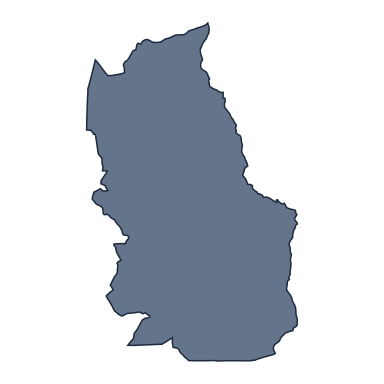 the district of Keiyo South, Rift Valley, Kenya
{"feature_id": "3690345B51361114330680", "entity_name": "Keiyo South", "entity_type": "district", "adm_level": 2, "iso_a3": "KEN", "parent_name": "Kenya", "parent_adm1": "Rift Valley", "projection": "mercator", "projection_center": [35.567, 0.379], "detail": "fine", "context": "isolated", "style": "filled", "palette": "slate", "viewbox_px": 384, "rotation_deg": 0, "n_neighbors": 0, "source": "geoboundaries", "source_scale": "gbopen_adm2", "svg_char_len": 5974}
<svg xmlns="http://www.w3.org/2000/svg" viewBox="0 0 384 384"><path d="M188.7,360.6L193.9,360.7L208.5,360.7L214.5,360.5L215.3,360.6L216.3,361.0L228.0,360.7L235.0,360.7L243.8,360.8L247.8,360.8L250.7,360.7L255.2,360.1L256.2,359.6L259.5,358.5L263.4,357.3L267.9,356.0L270.4,355.4L273.4,354.5L275.3,353.5L274.2,351.1L273.3,348.8L273.7,346.0L275.3,344.2L275.8,343.7L277.7,342.5L279.4,341.1L280.5,338.6L281.6,336.6L283.2,335.5L284.0,334.1L285.9,332.9L288.0,332.1L290.6,331.1L292.7,330.8L293.6,327.9L296.2,326.4L297.2,324.8L297.2,321.8L297.3,319.7L296.8,317.1L296.0,314.4L295.8,309.8L295.5,307.5L294.5,304.8L293.2,302.7L292.2,300.2L291.9,298.2L291.1,296.6L290.2,294.8L288.9,293.3L287.9,291.8L287.3,290.9L286.7,290.4L286.6,288.1L287.2,284.6L287.4,281.3L289.5,279.4L288.7,277.4L290.2,274.5L290.1,272.8L290.1,270.4L290.7,267.8L290.9,265.3L290.9,262.4L290.3,260.4L290.9,257.2L291.4,254.4L290.3,251.9L290.2,249.0L290.1,247.3L289.3,245.6L289.3,243.0L290.6,240.2L292.5,237.9L292.6,235.7L293.4,231.1L294.9,228.5L295.6,225.4L297.4,224.0L296.9,222.4L295.5,220.8L294.9,219.9L294.5,219.0L295.5,216.8L296.9,214.7L295.7,212.9L295.4,210.4L294.1,209.9L293.1,209.6L290.0,209.0L286.7,207.7L284.3,203.2L282.6,204.1L280.7,203.2L279.0,201.9L277.6,199.8L276.4,200.0L276.7,202.4L274.0,201.1L271.7,199.6L269.8,198.3L269.1,197.9L268.2,197.7L265.9,196.9L263.7,197.5L262.3,195.2L259.2,193.7L258.1,193.9L256.8,191.8L254.2,190.3L252.4,188.1L252.4,185.5L250.3,184.5L248.6,184.4L247.6,184.3L247.3,183.2L246.7,181.4L245.9,179.5L245.1,178.2L242.7,175.5L243.2,173.5L243.5,172.6L243.8,172.0L244.4,170.2L244.2,169.2L245.8,167.4L247.7,166.1L247.4,164.3L246.3,161.4L245.1,159.1L244.6,157.0L242.9,154.9L242.0,152.7L241.6,150.7L242.4,145.3L241.7,142.6L241.5,141.7L241.2,139.7L241.2,138.2L241.0,137.5L239.9,135.3L237.9,134.4L237.2,133.9L235.8,132.6L236.4,130.3L235.4,128.3L236.3,125.9L235.9,124.0L234.4,122.7L233.4,120.1L231.2,117.3L229.7,113.7L228.0,111.6L226.5,109.7L224.7,107.3L224.3,104.1L225.1,101.7L225.1,99.9L224.9,98.2L223.0,97.9L223.2,95.1L223.1,92.3L221.3,92.5L218.8,91.6L216.7,90.0L214.6,89.3L212.3,88.1L210.3,86.9L209.3,85.2L209.2,83.1L208.5,80.6L209.6,78.8L208.3,76.4L207.5,74.0L206.4,72.2L204.5,70.9L202.0,69.4L200.7,67.1L200.5,63.9L201.6,61.4L202.6,59.9L201.9,57.3L200.8,54.4L200.3,52.0L200.3,49.0L201.1,47.8L201.9,45.4L202.7,43.5L203.3,42.7L203.8,42.0L204.9,40.3L206.6,38.2L207.1,36.1L208.7,33.3L209.1,30.4L209.2,29.3L208.7,26.0L208.0,24.3L207.8,23.0L205.9,24.8L202.5,26.4L199.7,27.3L197.4,27.9L193.7,29.4L190.9,30.2L188.7,31.0L186.7,33.0L184.3,34.6L181.4,34.8L178.2,34.9L175.6,35.1L173.0,36.1L170.9,37.3L168.4,38.2L165.1,39.1L162.4,40.9L160.2,42.2L157.7,42.4L155.0,42.4L152.9,42.3L151.2,41.4L149.3,40.3L147.2,39.5L144.8,39.9L142.4,41.4L141.0,44.0L138.0,43.3L136.8,44.8L136.4,47.4L135.7,50.0L133.3,50.5L132.0,52.6L130.2,55.7L128.9,58.1L126.9,60.7L125.1,61.6L123.9,63.5L123.6,64.4L123.4,65.9L124.4,67.5L124.3,70.1L124.7,72.2L122.6,73.5L119.3,74.2L116.3,74.7L114.3,75.1L111.2,75.6L107.9,75.6L105.7,73.3L103.6,70.4L100.1,65.7L98.5,63.7L98.1,63.1L97.2,62.0L95.3,59.9L92.7,70.8L89.9,81.7L87.9,88.8L87.9,92.9L87.6,96.1L87.5,97.7L87.6,98.6L87.4,100.0L87.4,102.3L87.2,105.1L87.2,107.1L87.1,110.2L87.0,114.1L86.9,116.0L86.6,130.0L87.6,130.1L91.3,130.3L91.4,131.2L92.0,131.8L92.8,132.5L93.3,133.3L93.5,134.2L94.3,134.0L95.2,134.6L95.5,135.2L96.5,141.7L96.8,143.5L97.5,148.9L98.4,154.1L101.9,158.4L101.9,159.7L102.1,162.9L102.1,163.6L103.1,167.4L102.4,170.8L107.2,171.0L106.9,171.8L104.9,175.0L102.3,178.9L101.8,179.7L101.1,180.6L100.9,183.7L101.7,184.1L103.7,185.0L105.4,185.8L105.5,186.8L106.7,188.8L108.0,190.4L107.3,190.6L106.3,190.9L105.4,190.9L102.5,190.8L102.0,190.3L101.7,189.7L101.2,189.3L100.6,188.8L99.9,189.0L96.5,190.9L93.8,192.2L93.7,192.8L93.6,193.4L93.3,194.1L93.1,195.1L92.8,196.1L92.5,197.0L92.3,198.4L92.4,199.5L93.0,200.2L93.7,200.8L94.3,201.6L94.8,202.4L95.3,203.0L95.9,203.6L96.5,204.1L97.6,204.8L99.2,205.5L100.2,206.0L101.0,206.6L101.6,207.1L102.1,207.6L102.6,208.4L102.8,209.6L103.1,211.7L103.3,213.5L103.6,214.1L104.1,214.5L105.0,214.7L105.9,214.6L106.5,214.4L107.1,214.4L107.9,214.7L109.1,215.8L110.9,217.7L111.4,218.1L112.2,218.6L113.2,219.1L113.6,219.5L114.7,219.8L115.2,221.1L115.6,221.7L116.1,222.3L116.5,222.9L117.0,223.7L117.6,224.4L118.3,225.1L118.8,225.6L119.4,226.2L120.0,227.0L120.8,228.5L122.0,230.8L122.3,231.9L122.4,232.7L122.7,233.5L123.1,234.5L124.0,235.0L124.7,235.1L126.3,235.3L127.2,235.5L128.1,235.9L128.6,237.0L128.6,238.2L128.1,239.0L127.5,239.7L126.8,240.4L126.3,241.3L125.8,242.2L125.5,242.9L125.3,243.7L122.4,243.6L121.6,243.6L118.0,243.7L114.1,244.0L113.7,244.9L114.1,245.4L114.8,246.3L115.6,247.4L115.8,248.4L115.9,249.1L116.1,249.8L116.2,250.4L116.3,251.4L116.6,252.1L117.1,253.1L117.8,254.5L118.8,256.3L121.0,260.2L118.1,261.8L117.0,263.4L117.3,264.0L117.6,264.6L117.8,265.2L117.8,266.2L117.6,268.0L117.4,269.4L117.3,271.3L117.2,272.3L117.1,273.2L116.4,274.2L116.0,275.0L114.6,276.5L110.3,285.1L113.2,289.7L111.6,291.1L109.8,292.5L109.0,293.2L106.1,296.0L106.6,296.8L107.1,297.7L108.1,299.3L108.6,300.1L110.5,303.4L111.3,304.7L111.7,305.5L112.1,306.2L112.7,307.1L113.1,308.1L113.6,309.3L114.1,310.3L114.6,311.0L115.9,312.0L116.6,312.5L117.9,313.8L118.5,314.2L119.1,314.6L119.9,315.0L120.8,315.5L121.8,316.1L122.8,315.8L126.0,314.0L126.8,313.7L127.5,313.5L129.4,313.2L130.3,313.2L132.3,313.0L133.2,312.9L134.0,312.8L137.4,312.3L139.3,312.0L140.5,312.5L142.6,313.7L143.2,313.6L144.1,313.3L145.4,312.7L146.1,313.3L146.7,313.9L147.4,314.7L148.0,314.9L150.0,316.0L149.8,316.9L149.0,317.3L148.3,317.6L147.6,318.2L145.7,318.0L142.4,319.9L139.1,325.9L136.7,330.2L134.2,333.3L133.5,338.4L130.9,341.4L127.8,345.3L133.6,345.4L139.8,345.1L142.4,345.0L148.3,344.8L155.1,344.5L162.1,344.2L168.8,340.0L172.4,337.7L172.3,342.2L173.1,347.3L177.8,348.4L178.4,348.9L178.7,349.5L179.9,351.8L180.6,352.8L181.2,353.4L181.8,354.0L182.4,354.5L183.0,355.0L183.6,355.8L184.3,356.7L185.7,357.9L186.2,358.4L187.1,359.0L188.7,360.6Z" fill="#64748b" stroke="#1e293b" stroke-width="1.5"/></svg>